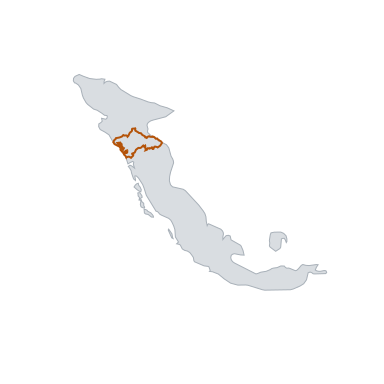 where Las Tunas sits in Cuba, rotated 206°
{"feature_id": "CUB-1368", "entity_name": "Las Tunas", "entity_type": "Province", "adm_level": 1, "iso_a3": "CUB", "parent_name": "Cuba", "parent_adm1": "", "projection": "equal_earth", "projection_center": [-77.037, 21.068], "detail": "fine", "context": "in_parent", "style": "outline", "palette": "amber", "viewbox_px": 384, "rotation_deg": 206, "n_neighbors": 0, "source": "natural_earth", "source_scale": "10m", "svg_char_len": 7518}
<svg xmlns="http://www.w3.org/2000/svg" viewBox="0 0 384 384"><g transform="rotate(206 192 192)"><path d="M124.9,128.0L132.4,129.8L138.6,129.3L141.5,128.3L141.2,129.4L143.9,132.1L144.9,132.2L148.8,130.9L159.2,130.4L160.2,131.1L162.0,133.7L164.7,135.3L167.4,136.6L170.2,136.9L173.1,136.3L175.8,136.6L179.1,139.1L180.1,139.4L183.1,138.7L182.2,141.1L187.2,144.3L190.9,150.7L193.5,153.4L196.4,155.8L198.8,157.4L201.4,158.1L209.6,157.8L211.5,158.0L213.2,158.9L214.9,159.3L215.8,158.9L231.6,169.0L236.6,174.3L239.6,177.1L246.2,181.1L248.9,182.0L250.3,181.5L250.0,180.6L248.1,178.3L247.8,177.5L250.3,178.2L254.8,182.7L256.0,184.4L258.3,186.0L260.5,187.1L259.5,188.9L257.6,189.0L254.1,188.3L256.9,191.2L257.4,193.3L258.7,193.5L260.6,191.2L261.9,189.2L266.8,194.3L269.5,196.6L268.8,198.0L268.6,199.3L271.6,198.1L272.7,198.2L273.8,198.9L275.0,201.1L277.8,201.6L280.6,201.5L286.3,203.3L291.7,207.0L296.8,207.7L301.9,207.9L304.5,209.8L305.6,212.4L304.4,214.3L303.7,216.2L305.6,218.6L301.4,219.6L300.8,221.0L301.1,222.5L301.9,223.4L304.3,222.6L307.7,223.3L313.1,223.9L316.8,223.4L324.2,225.0L326.4,225.9L330.8,228.9L332.9,230.9L337.3,236.3L341.0,238.4L344.3,238.9L345.4,238.6L347.4,239.9L348.3,242.3L347.8,244.7L344.9,248.2L340.3,248.4L333.8,249.1L327.5,251.3L324.4,253.0L323.0,254.1L319.7,255.2L319.5,254.3L319.6,253.2L318.7,251.0L318.0,252.9L316.7,254.3L314.7,255.5L307.0,255.6L303.9,254.0L300.8,252.9L289.3,251.8L286.5,251.9L278.9,253.0L271.2,253.7L267.9,254.4L264.7,255.6L258.5,255.5L251.2,256.8L243.8,257.0L248.6,248.1L258.5,239.6L260.4,237.7L261.7,235.4L262.0,233.6L261.6,232.1L259.2,229.4L258.7,227.4L258.0,226.1L254.6,225.0L251.1,224.3L247.4,224.3L239.8,223.4L235.7,223.3L232.2,221.5L226.5,215.0L223.8,213.2L222.4,211.8L221.3,210.1L220.0,200.6L218.9,196.1L217.2,192.1L214.5,189.1L211.8,188.1L201.1,190.6L198.6,190.3L196.2,189.4L180.2,183.2L173.6,179.9L170.9,178.2L168.6,175.8L166.3,171.9L163.6,168.4L163.6,169.8L163.2,170.7L149.8,171.2L147.6,170.4L146.3,169.4L145.3,168.0L144.6,165.2L143.4,162.8L142.9,165.3L142.2,167.7L140.4,169.0L138.4,169.2L135.9,166.1L125.0,165.4L124.1,164.9L120.6,161.9L117.5,158.1L120.6,156.8L126.9,155.1L128.2,153.9L129.0,152.4L128.5,150.2L127.3,148.6L126.0,147.7L124.6,147.1L122.7,146.8L98.6,146.4L97.2,147.6L95.0,150.1L90.6,153.2L87.7,156.5L86.7,158.2L85.3,159.4L82.3,161.4L79.7,164.5L76.6,165.9L74.9,165.1L73.3,165.1L72.1,165.9L70.8,166.2L64.6,166.6L63.6,167.4L62.7,169.6L61.6,174.0L60.6,175.4L57.5,176.0L54.5,177.2L48.4,181.3L46.8,181.9L47.2,178.9L47.0,175.9L45.3,175.8L43.3,176.3L41.7,177.1L38.7,179.4L37.1,179.9L35.7,178.8L36.0,177.3L46.1,172.0L47.3,171.6L49.0,172.0L50.8,171.8L52.2,170.3L50.6,163.3L51.4,158.5L53.7,154.8L58.5,149.2L60.7,147.3L83.7,135.6L86.0,135.0L100.9,132.7L103.1,131.9L110.0,128.4L117.3,127.0L124.9,128.0ZM103.1,189.9L100.4,192.0L94.6,194.9L91.5,195.0L88.3,193.9L86.2,191.5L85.0,189.1L85.1,187.9L87.1,189.8L88.8,190.8L90.1,190.1L91.1,189.1L88.1,181.3L88.2,179.7L90.8,175.4L97.6,176.7L98.8,177.5L99.7,180.2L101.2,182.3L102.9,187.9L103.1,189.9ZM217.5,151.7L221.5,152.6L224.2,151.9L225.6,152.3L227.5,155.5L225.8,155.9L224.4,155.9L223.4,155.3L219.9,155.2L217.5,154.2L216.2,153.4L215.6,152.5L217.5,151.7ZM245.3,175.1L244.1,176.3L242.8,174.6L240.8,173.7L238.6,171.8L238.1,169.8L239.9,169.6L242.3,170.0L246.3,171.1L246.0,173.4L245.3,175.1ZM234.9,162.1L234.3,162.8L232.8,161.3L230.5,160.7L229.2,158.4L227.9,157.6L227.8,156.7L229.9,156.2L231.4,156.4L233.0,158.2L233.9,161.3L234.9,162.1ZM239.2,168.3L238.3,168.4L235.4,166.7L234.5,165.4L235.5,163.6L235.7,161.6L236.1,161.5L236.6,163.9L238.8,164.9L238.9,165.4L240.3,167.4L239.2,168.3ZM196.7,147.4L196.7,148.4L191.7,145.6L189.5,142.6L188.6,141.9L190.1,141.9L196.7,147.4Z" fill="#d9dde1" stroke="#a8b0b8" stroke-width="1"/><path d="M266.3,194.3L266.8,194.7L267.8,195.4L269.4,195.8L269.8,196.2L269.6,196.7L270.2,196.7L270.0,197.5L269.8,197.9L269.4,198.0L268.4,198.1L268.0,198.3L267.7,198.7L267.6,199.2L268.0,200.2L269.5,199.2L269.4,200.2L269.7,199.9L269.8,199.5L269.9,199.1L270.0,198.6L269.8,198.6L270.2,197.8L270.3,197.4L270.4,197.0L272.2,197.8L272.3,197.7L272.6,197.6L273.2,198.0L274.0,198.3L274.3,198.3L274.7,198.6L275.1,199.1L275.3,199.7L275.1,199.9L274.6,200.0L273.0,201.0L273.1,200.4L272.8,200.0L272.5,200.0L272.6,200.4L272.4,201.1L272.8,201.3L273.4,201.4L273.9,201.7L274.3,202.1L274.8,202.4L275.4,202.5L276.0,202.6L276.0,202.3L275.3,202.1L275.1,201.9L275.0,201.5L274.8,201.0L274.8,200.7L275.4,200.4L275.9,200.4L276.6,200.7L277.2,201.2L277.6,201.8L277.8,201.8L277.8,201.0L278.0,201.0L277.9,202.5L277.5,203.1L276.0,203.1L276.0,203.4L276.6,203.4L276.3,203.6L276.2,203.7L276.4,204.2L276.7,204.2L277.0,204.0L277.4,203.9L277.6,204.2L277.9,204.9L278.2,205.0L278.3,204.9L278.5,204.7L278.8,204.3L278.8,204.2L279.0,204.2L279.4,204.2L280.2,203.6L280.5,203.4L280.1,203.2L279.1,203.0L278.8,202.9L278.4,202.3L278.3,201.7L278.5,201.2L279.1,201.0L282.5,201.1L283.2,201.4L283.7,201.8L284.6,202.3L284.6,204.6L284.3,205.3L284.2,205.4L284.1,205.5L283.9,205.8L283.9,206.0L284.0,206.7L284.0,207.0L283.8,207.2L283.0,207.8L282.4,208.2L281.1,209.2L280.6,209.7L280.5,209.8L279.8,210.6L279.2,211.3L278.9,212.4L278.8,212.9L278.7,213.1L278.3,213.1L278.2,213.0L277.9,213.0L277.5,213.1L276.0,214.0L275.5,214.1L275.3,214.1L275.1,214.1L274.8,213.9L274.5,213.6L274.2,213.4L273.8,214.7L273.9,217.5L273.8,218.0L273.7,218.4L273.2,219.3L273.0,219.8L272.9,220.1L272.8,220.6L272.9,221.0L273.2,221.6L273.4,221.9L273.5,222.3L273.5,222.5L273.4,222.7L273.1,222.9L272.8,223.1L271.7,223.7L271.5,223.8L271.0,224.3L270.7,224.1L270.2,222.7L269.9,222.4L269.5,222.2L268.8,222.3L267.6,222.1L267.0,222.1L266.8,222.1L265.6,221.8L264.9,222.1L264.5,222.2L264.1,222.2L263.6,222.4L263.4,222.4L263.2,222.3L262.7,222.0L261.7,221.5L258.8,221.4L258.1,221.1L258.1,220.9L258.0,220.6L257.8,220.6L257.5,220.8L257.1,221.2L256.9,221.3L256.7,220.9L256.5,220.7L256.4,220.7L256.3,220.9L256.3,221.3L256.2,221.6L256.2,221.8L255.9,222.2L255.8,222.4L255.7,222.6L255.6,222.8L255.0,223.2L254.9,223.3L254.7,223.2L253.9,223.3L253.0,223.6L252.2,224.0L251.8,224.5L251.6,224.3L251.4,224.3L251.2,224.4L251.0,224.5L250.7,224.7L250.5,224.8L250.3,224.8L250.0,224.8L249.5,224.7L248.0,224.0L246.9,224.8L246.6,224.8L246.2,224.4L245.8,224.2L244.9,224.3L244.7,224.2L244.1,224.0L244.0,223.9L243.8,224.0L243.5,224.0L242.0,223.9L241.5,223.7L240.8,223.0L240.5,222.9L240.9,219.7L242.4,217.0L243.1,217.1L244.9,216.7L245.3,216.5L245.6,216.2L245.5,215.7L245.6,215.4L245.7,214.8L245.7,214.6L245.7,214.3L245.6,214.1L245.6,213.8L245.9,213.6L246.1,213.5L246.4,213.9L246.5,214.1L246.6,214.4L246.8,214.5L247.2,214.6L247.4,214.6L247.6,214.6L247.8,214.4L247.8,213.9L247.9,213.4L248.2,213.2L248.8,213.0L249.2,212.9L249.3,212.3L249.4,212.2L249.5,212.2L249.8,212.2L250.2,212.2L250.8,212.1L250.9,211.7L251.0,211.5L251.1,211.2L251.2,210.9L251.1,210.5L251.1,210.3L251.1,210.1L251.3,209.9L251.7,209.6L251.9,209.3L252.0,209.2L252.0,209.3L252.1,209.5L252.3,209.8L252.6,210.3L252.6,210.5L252.7,210.9L252.7,211.0L253.3,211.3L253.7,211.3L254.0,211.4L254.2,211.5L254.0,212.1L254.0,212.3L254.0,212.6L254.3,213.0L254.6,212.2L254.8,212.0L255.0,211.8L255.3,212.0L255.6,212.4L255.7,212.5L256.0,212.6L256.2,212.4L257.1,209.9L257.5,209.2L257.8,208.9L258.1,208.7L259.1,208.4L259.3,208.3L259.7,207.9L259.8,207.6L260.9,205.4L260.8,202.9L260.8,202.6L260.9,202.2L262.6,200.3L262.6,200.1L262.4,199.9L261.3,200.0L261.2,199.8L261.0,199.6L260.9,199.0L260.9,198.6L261.1,198.1L261.3,197.7L261.8,196.0L262.4,196.0L263.0,196.2L263.6,196.2L264.4,196.0L264.7,195.8L265.6,194.9L266.0,194.7L266.3,194.4L266.3,194.3Z" fill="none" stroke="#b45309" stroke-width="2"/></g></svg>